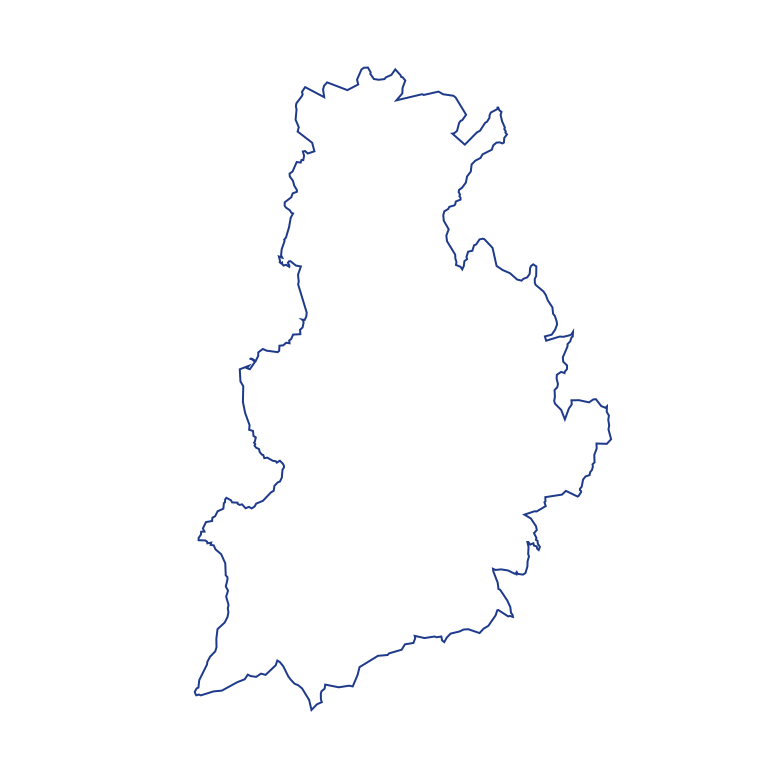 Nicolás Flores, Hidalgo, Mexico, rotated 354°
{"feature_id": "50627088B6273778185161", "entity_name": "Nicolás Flores", "entity_type": "district", "adm_level": 2, "iso_a3": "MEX", "parent_name": "Mexico", "parent_adm1": "Hidalgo", "projection": "equal_earth", "projection_center": [-99.171, 20.795], "detail": "fine", "context": "isolated", "style": "outline", "palette": "blue", "viewbox_px": 768, "rotation_deg": 354, "n_neighbors": 0, "source": "geoboundaries", "source_scale": "gbopen_adm2", "svg_char_len": 6122}
<svg xmlns="http://www.w3.org/2000/svg" viewBox="0 0 768 768"><g transform="rotate(354 384 384)"><path d="M604.1,462.7L602.5,452.6L603.6,448.8L603.3,443.0L604.4,438.9L602.6,435.0L603.4,429.5L601.7,430.8L597.7,428.6L593.2,421.3L590.6,421.2L586.0,423.7L576.3,420.5L568.7,419.8L568.6,423.9L565.3,427.7L560.2,438.1L557.5,428.3L552.0,421.4L551.5,418.5L552.6,414.7L553.0,407.9L556.0,405.3L557.0,402.1L556.2,396.6L556.9,392.9L561.4,390.5L564.7,392.0L565.1,390.6L567.5,388.4L568.0,384.7L564.6,380.6L564.6,376.2L570.4,365.9L570.7,363.6L573.7,361.0L575.4,357.2L576.7,356.5L577.4,351.9L575.5,354.3L573.6,355.0L567.4,355.8L563.7,355.2L549.8,357.9L549.0,353.5L555.9,352.5L559.8,348.0L562.3,343.0L562.3,340.2L561.1,334.3L559.5,331.8L559.5,325.4L555.7,318.1L554.2,312.4L552.3,308.7L545.2,301.3L544.6,299.3L544.9,295.2L546.6,292.6L547.8,283.0L544.9,280.6L542.6,282.0L541.4,284.0L540.4,289.7L537.6,292.9L533.6,294.0L531.6,295.6L527.3,294.0L520.9,287.0L513.8,283.0L508.3,278.3L506.2,260.0L498.9,250.4L497.4,249.8L494.1,250.2L490.2,254.9L488.1,255.4L485.8,260.7L481.5,261.2L479.3,266.3L479.7,268.5L476.8,270.2L475.7,275.0L473.8,278.2L472.4,275.5L468.0,273.1L468.8,270.3L468.1,266.7L468.3,262.7L461.6,248.6L461.5,243.0L464.5,236.9L460.5,227.8L460.6,222.3L462.0,218.6L466.2,216.6L467.5,214.6L472.4,213.8L473.5,213.0L474.5,210.0L479.4,208.6L479.6,206.8L478.6,205.1L479.4,203.5L478.3,200.9L478.9,198.8L482.0,197.1L486.5,192.2L488.3,186.3L492.5,181.8L494.1,174.8L498.2,171.4L503.6,169.3L506.0,165.9L515.6,162.3L517.7,158.0L521.1,155.7L524.4,155.8L526.9,157.1L528.5,156.4L529.3,151.9L532.4,148.6L531.0,146.7L531.5,145.4L530.3,143.0L531.0,141.7L528.9,135.0L528.1,128.6L529.3,125.6L527.4,124.0L526.5,121.0L525.8,120.9L525.3,122.5L518.6,125.2L517.1,127.7L516.7,130.3L513.8,134.0L511.9,134.8L506.0,142.1L502.7,143.5L489.4,154.4L478.1,142.1L480.0,142.0L483.1,139.9L486.0,132.2L487.7,130.3L489.5,129.7L493.8,124.8L485.2,106.6L483.2,104.6L473.0,102.0L468.8,98.9L453.7,100.7L452.2,99.8L426.0,103.2L432.6,96.9L433.4,91.5L436.9,84.4L434.6,80.9L433.1,80.3L432.8,78.7L428.1,72.3L423.6,77.4L418.0,79.2L416.3,80.8L410.6,80.9L405.8,79.6L402.8,74.1L403.3,72.7L401.1,67.6L397.0,67.4L394.5,68.8L389.0,78.5L389.7,83.4L378.3,87.9L359.0,78.1L355.6,81.1L354.2,84.6L354.5,92.5L336.6,80.5L332.9,85.0L333.4,87.4L332.4,89.1L326.2,95.7L325.4,98.5L325.7,102.0L323.7,111.9L326.1,119.7L324.5,123.9L337.8,136.6L339.1,145.3L332.3,146.8L329.9,144.1L327.6,144.3L328.4,148.6L327.1,152.9L325.4,152.6L324.2,155.1L320.4,154.1L315.3,163.1L312.1,164.9L312.0,167.8L314.6,172.2L315.5,177.4L317.6,181.9L317.5,183.7L313.1,184.9L311.3,188.6L304.3,192.9L303.8,196.2L304.8,198.2L308.4,201.3L309.8,204.0L311.4,204.9L308.6,208.9L306.0,218.0L301.8,228.2L299.8,230.0L300.1,231.3L296.3,239.4L295.1,245.3L296.0,247.7L292.8,246.2L293.5,251.0L293.0,252.0L294.2,253.2L295.3,252.6L295.3,254.1L296.4,255.7L299.0,255.2L302.0,257.5L302.3,256.4L301.1,253.4L302.4,252.0L303.8,252.1L308.8,257.0L313.6,258.4L309.9,266.3L309.9,273.5L309.0,275.9L314.6,304.9L313.7,308.9L311.7,312.1L309.1,311.3L310.3,312.6L310.4,314.8L308.9,319.3L306.2,321.3L306.0,325.7L298.7,325.4L296.4,329.6L294.3,330.8L294.3,333.6L291.0,332.7L287.9,335.0L284.0,335.0L283.2,340.1L281.6,341.2L270.8,338.6L267.1,336.5L262.3,339.4L261.8,343.0L258.8,347.7L254.9,344.9L253.0,344.9L255.1,345.5L258.0,348.5L252.1,355.3L249.3,353.9L251.4,351.8L242.1,354.3L241.5,366.5L243.8,371.4L241.8,387.2L242.9,398.4L246.0,410.9L245.1,415.4L248.8,417.0L248.8,422.0L250.9,423.7L249.5,427.9L248.6,428.8L249.7,430.4L248.8,431.8L250.1,433.9L252.9,435.7L253.3,438.7L255.2,441.5L256.5,442.0L257.2,445.2L260.3,445.1L265.5,448.8L268.3,449.5L269.2,451.0L272.4,449.4L275.0,452.6L275.9,454.6L275.9,456.4L274.1,458.6L272.6,466.4L270.4,470.0L267.8,470.9L264.4,473.8L263.1,478.7L260.2,480.0L251.4,487.5L244.4,489.6L242.5,492.3L239.4,493.9L236.9,492.1L233.3,493.1L230.3,488.9L227.7,489.1L226.1,488.0L225.9,486.7L220.6,485.9L219.6,483.6L215.3,480.7L214.0,482.1L213.5,485.0L212.3,485.8L211.2,491.2L205.2,493.2L202.2,497.9L199.4,499.0L198.7,502.3L192.5,502.7L188.8,508.7L190.0,512.0L186.7,511.8L186.2,514.6L183.5,517.8L183.3,520.0L189.8,520.9L191.6,522.3L191.7,524.0L195.6,523.7L194.8,525.9L197.8,526.7L199.1,530.8L204.3,536.3L206.0,541.5L207.4,545.7L206.6,557.8L208.0,559.5L208.1,561.4L205.5,568.9L207.3,573.2L204.8,579.0L206.3,587.5L205.2,590.9L205.4,594.8L204.0,599.4L200.6,604.6L192.8,610.4L190.6,620.1L189.9,628.3L188.2,632.3L182.5,637.0L179.2,642.0L178.7,644.4L169.3,659.2L167.7,666.5L165.8,667.2L163.6,670.4L164.2,672.8L164.8,674.0L167.4,673.5L169.3,674.5L182.4,671.9L190.7,672.0L206.9,665.2L214.6,663.1L218.2,658.8L220.7,660.5L226.3,661.9L231.4,659.2L235.8,660.9L246.9,652.4L249.0,647.9L251.3,649.6L254.3,654.2L258.2,664.7L260.3,668.2L263.7,672.7L267.2,674.6L270.7,678.2L276.5,690.3L277.8,700.6L283.9,695.5L288.9,693.9L288.3,691.1L288.8,685.3L289.7,683.1L293.1,680.8L294.1,676.8L307.3,680.9L317.8,680.4L321.3,681.5L327.3,670.6L330.1,663.0L349.6,653.7L359.2,653.9L360.9,652.4L373.8,650.1L377.6,645.1L386.2,644.6L388.5,640.0L388.2,637.7L397.8,640.9L407.9,640.4L409.9,641.4L414.6,641.1L415.0,645.1L416.9,647.0L420.0,642.7L424.1,639.2L433.3,638.0L437.5,636.5L442.2,636.7L453.0,641.7L457.4,637.8L462.5,635.4L470.8,625.8L473.0,620.9L474.0,620.7L483.2,628.1L484.8,627.8L487.9,629.1L487.7,627.0L486.4,624.9L486.3,619.0L483.9,612.0L478.0,600.8L476.4,599.8L476.3,593.5L473.2,582.0L473.1,579.2L475.5,580.6L481.1,580.6L487.8,582.4L494.6,586.6L495.6,585.6L496.1,586.7L496.6,585.4L497.2,586.8L502.3,588.1L504.9,586.8L507.5,580.6L508.3,575.2L510.2,570.5L509.6,568.3L510.7,561.2L510.1,556.1L511.0,556.2L512.6,559.0L515.9,558.0L516.2,560.3L518.9,561.5L519.1,563.8L520.5,565.3L522.0,562.3L520.3,559.0L520.3,556.0L518.8,554.8L519.5,553.0L517.6,548.0L520.7,545.2L520.3,541.3L516.0,533.1L510.0,528.6L520.5,526.3L522.5,526.7L532.1,522.3L531.2,518.4L532.3,517.6L532.6,513.4L549.5,512.6L553.7,509.3L564.8,516.2L565.9,515.6L568.6,512.2L568.8,511.1L567.7,509.8L568.0,508.6L569.9,506.8L572.0,499.8L574.8,497.0L578.9,496.1L579.8,493.3L581.9,491.1L583.1,488.0L583.0,485.7L585.2,483.9L585.7,476.6L588.8,470.3L589.1,465.4L599.3,466.8L604.1,462.7Z" fill="none" stroke="#1e3a8a" stroke-width="2"/></g></svg>